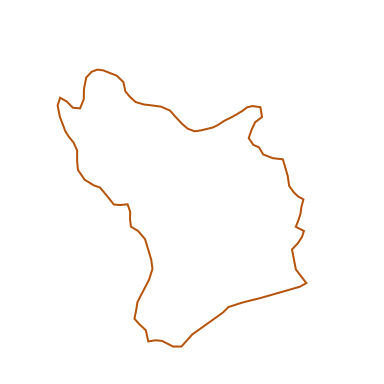 Delta, Minas Gerais, Brazil, rotated 343°
{"feature_id": "56859067B91011546493920", "entity_name": "Delta", "entity_type": "district", "adm_level": 2, "iso_a3": "BRA", "parent_name": "Brazil", "parent_adm1": "Minas Gerais", "projection": "natural_earth1", "projection_center": [-47.811, -19.931], "detail": "fine", "context": "isolated", "style": "outline", "palette": "amber", "viewbox_px": 384, "rotation_deg": 343, "n_neighbors": 0, "source": "geoboundaries", "source_scale": "gbopen_adm2", "svg_char_len": 1415}
<svg xmlns="http://www.w3.org/2000/svg" viewBox="0 0 384 384"><g transform="rotate(343 192 192)"><path d="M282.2,130.9L275.0,127.5L269.6,127.1L263.8,129.2L257.0,130.9L250.5,132.3L243.9,133.3L236.4,135.5L230.8,136.4L218.5,135.7L212.3,134.7L206.4,130.2L202.4,123.9L198.5,115.9L194.7,107.6L187.3,101.3L179.5,97.7L171.7,94.3L164.4,89.5L160.3,82.5L157.7,76.3L158.5,66.8L154.1,58.8L147.9,53.9L142.6,49.7L137.3,47.3L131.1,47.7L124.3,51.6L118.8,61.9L115.6,71.7L109.4,79.3L102.7,76.6L98.8,69.0L93.5,63.3L88.8,69.9L87.6,81.5L88.2,89.7L88.6,96.5L90.3,103.0L93.2,110.1L94.3,118.8L91.2,128.8L89.4,137.5L92.9,148.8L100.1,157.0L105.3,160.8L108.0,167.1L110.8,174.0L113.6,181.1L119.6,183.5L126.8,184.9L127.1,192.9L124.7,200.2L123.5,207.3L129.0,213.5L133.3,223.3L133.3,234.4L133.2,245.1L131.7,254.0L125.3,263.3L119.4,269.3L113.0,275.8L107.6,281.4L104.1,288.7L99.9,296.3L102.7,302.5L107.4,310.7L106.5,322.1L114.0,323.2L119.7,325.6L128.8,334.3L136.7,336.7L150.6,328.3L186.4,316.3L193.2,312.7L202.6,312.5L209.7,312.5L226.1,313.4L267.6,314.1L274.7,312.5L272.0,305.4L268.7,296.4L270.0,284.1L270.8,276.2L278.2,272.0L284.1,267.1L287.6,262.0L281.1,255.6L285.6,250.0L289.3,244.7L292.1,238.6L296.4,231.6L292.0,227.1L289.1,221.8L286.7,214.5L288.2,204.8L288.4,195.3L288.4,187.3L279.0,183.2L271.1,176.9L269.1,168.9L264.4,164.8L262.0,157.0L267.0,150.1L272.8,143.7L280.9,140.8L282.2,130.9Z" fill="none" stroke="#b45309" stroke-width="2"/></g></svg>